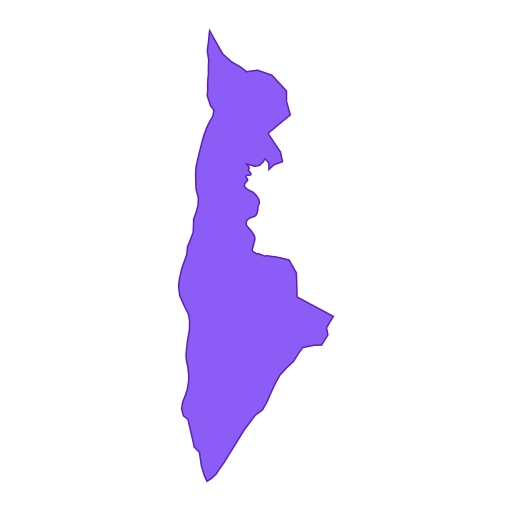 Sipsu, Samchi, Bhutan (Albers equal-area conic projection)
{"feature_id": "84629894B94352407868213", "entity_name": "Sipsu", "entity_type": "district", "adm_level": 2, "iso_a3": "BTN", "parent_name": "Bhutan", "parent_adm1": "Samchi", "projection": "albers", "projection_center": [88.886, 27.002], "detail": "fine", "context": "isolated", "style": "filled", "palette": "violet", "viewbox_px": 512, "rotation_deg": 0, "n_neighbors": 0, "source": "geoboundaries", "source_scale": "gbopen_adm2", "svg_char_len": 2269}
<svg xmlns="http://www.w3.org/2000/svg" viewBox="0 0 512 512"><path d="M209.7,30.7L209.2,33.5L208.7,40.1L208.0,45.2L207.3,51.0L208.7,60.0L208.4,67.1L208.4,74.3L207.9,78.8L207.6,84.7L207.7,91.2L207.2,95.7L208.9,100.7L210.5,105.7L213.9,110.2L212.9,116.1L209.6,121.7L206.7,127.7L204.2,134.4L202.4,140.5L200.5,148.0L198.9,154.3L197.5,160.2L196.1,166.6L195.7,172.2L195.7,179.7L196.1,189.3L198.4,198.3L198.0,205.6L195.8,213.3L193.6,219.1L193.5,224.4L193.2,232.3L190.0,240.7L187.5,246.7L186.8,254.4L181.7,268.7L179.2,280.1L178.6,286.3L179.6,295.2L182.2,301.4L185.3,308.0L188.3,313.8L189.6,320.5L189.4,330.2L187.6,340.1L186.0,354.1L186.4,360.4L187.9,367.1L188.8,376.1L188.6,381.6L187.3,389.3L185.2,395.7L182.7,402.0L181.6,408.9L183.5,415.9L187.9,419.2L192.9,440.8L194.2,447.0L199.4,452.3L201.3,465.4L204.2,475.3L207.0,481.3L211.6,478.4L216.1,474.1L219.3,469.2L224.0,462.6L244.3,429.8L255.2,415.3L262.6,409.7L267.1,401.7L269.8,395.2L271.4,391.9L274.6,384.8L279.7,375.4L286.3,368.1L293.6,361.3L298.7,353.0L302.8,347.5L314.6,345.2L321.6,345.1L327.9,334.9L326.5,327.9L330.6,320.9L333.4,316.4L308.5,303.1L297.1,297.0L296.4,273.0L289.1,260.0L277.6,257.2L269.5,256.1L267.0,255.7L264.9,256.1L263.0,255.4L260.0,254.3L258.4,253.7L256.6,253.7L254.8,252.6L253.6,252.0L252.4,250.8L252.2,249.5L253.2,246.0L254.2,242.2L254.8,240.1L254.9,238.8L254.7,236.9L253.6,234.4L251.8,231.6L248.7,228.0L247.1,226.2L246.3,224.5L246.2,223.3L246.2,222.0L247.2,220.2L248.2,219.1L249.4,218.3L251.1,217.5L252.5,217.0L254.3,216.6L256.0,215.2L256.7,214.0L257.6,211.2L257.9,207.8L258.0,206.4L258.6,205.0L259.2,203.8L259.4,202.2L258.9,199.7L258.0,198.0L256.9,196.3L255.7,194.8L253.1,192.3L248.9,190.2L247.0,189.1L245.2,187.4L244.3,186.1L244.5,184.5L245.1,183.2L246.6,181.5L247.5,180.6L247.6,178.9L246.3,177.7L245.6,176.5L246.9,175.3L248.1,175.3L249.5,175.3L250.9,174.6L250.8,172.9L249.3,171.5L248.3,170.3L248.9,169.0L249.3,167.5L246.5,163.9L254.9,166.4L259.6,165.3L263.4,161.6L264.7,158.9L266.2,160.1L268.1,162.1L268.6,163.2L268.9,165.0L268.9,169.5L272.5,166.1L274.4,164.6L282.5,161.7L280.5,152.1L268.0,133.3L290.3,114.9L286.5,101.2L286.5,97.9L286.5,96.6L286.5,91.0L271.9,75.2L257.4,70.2L246.6,71.7L240.0,66.7L231.3,61.7L222.6,53.8L212.9,36.6L209.7,30.7Z" fill="#8b5cf6" stroke="#5b21b6" stroke-width="1.5"/></svg>